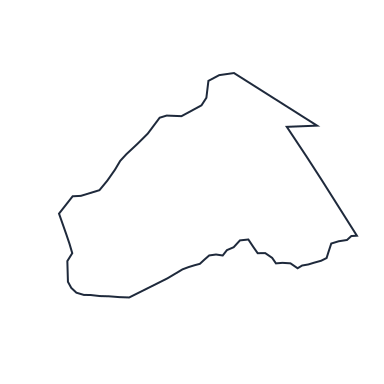 Cacimbas, Paraíba, Brazil, rotated 343°
{"feature_id": "56859067B37855535348821", "entity_name": "Cacimbas", "entity_type": "district", "adm_level": 2, "iso_a3": "BRA", "parent_name": "Brazil", "parent_adm1": "Paraíba", "projection": "robinson", "projection_center": [-37.096, -7.206], "detail": "fine", "context": "isolated", "style": "outline", "palette": "slate", "viewbox_px": 384, "rotation_deg": 343, "n_neighbors": 0, "source": "geoboundaries", "source_scale": "gbopen_adm2", "svg_char_len": 963}
<svg xmlns="http://www.w3.org/2000/svg" viewBox="0 0 384 384"><g transform="rotate(343 192 192)"><path d="M47.1,241.6L48.5,248.4L52.0,254.5L58.5,258.8L65.0,260.9L73.5,264.6L82.2,267.5L91.8,271.3L101.1,274.5L143.2,267.4L160.3,263.2L166.8,262.8L173.2,262.8L178.5,263.0L184.1,260.3L189.9,257.7L196.7,258.8L202.8,261.7L208.4,257.8L215.7,257.0L223.7,252.3L232.0,253.9L234.6,262.6L236.9,269.7L244.2,271.9L249.4,278.4L251.4,284.8L257.8,286.2L265.3,289.0L270.7,295.8L275.8,294.5L282.1,295.3L288.1,295.3L295.4,295.5L301.4,294.5L305.1,289.1L310.1,282.0L317.9,282.0L326.2,283.2L331.5,280.7L336.9,282.0L319.6,218.7L311.9,191.6L301.7,157.4L331.0,165.1L266.9,90.5L252.2,88.2L240.2,90.5L233.3,106.1L226.4,111.9L204.1,116.4L190.1,111.5L182.8,111.5L166.8,123.2L154.1,129.9L140.4,136.6L132.5,141.2L124.8,148.2L114.3,156.4L104.0,163.2L84.6,163.2L76.6,161.2L58.5,173.8L59.4,195.5L59.7,205.5L59.6,215.5L52.6,221.6L47.1,241.6Z" fill="none" stroke="#1e293b" stroke-width="2"/></g></svg>